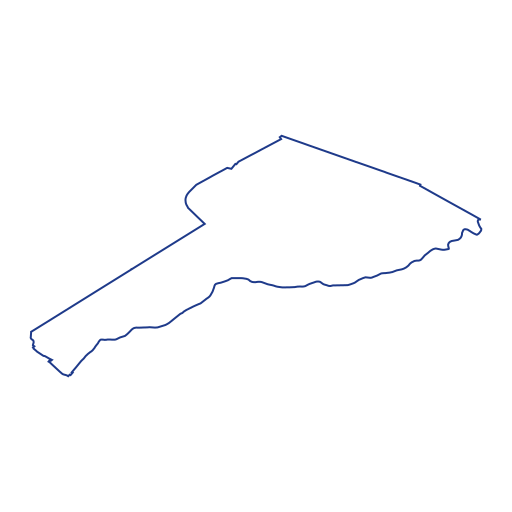 outline of Uithoorn, Noord-Holland, Netherlands
{"feature_id": "6326949B94592387287284", "entity_name": "Uithoorn", "entity_type": "district", "adm_level": 2, "iso_a3": "NLD", "parent_name": "Netherlands", "parent_adm1": "Noord-Holland", "projection": "equal_earth", "projection_center": [4.794, 52.234], "detail": "fine", "context": "isolated", "style": "outline", "palette": "blue", "viewbox_px": 512, "rotation_deg": 0, "n_neighbors": 0, "source": "geoboundaries", "source_scale": "gbopen_adm2", "svg_char_len": 5907}
<svg xmlns="http://www.w3.org/2000/svg" viewBox="0 0 512 512"><path d="M31.1,331.8L31.1,332.6L30.8,336.9L30.7,337.6L30.7,337.8L30.8,338.0L31.0,338.5L31.2,338.8L31.4,339.0L31.7,339.3L33.1,340.3L33.3,340.6L33.4,340.8L33.5,341.1L33.6,341.7L33.6,342.5L33.6,342.8L33.4,343.3L33.0,344.7L32.9,345.2L32.9,345.3L33.0,345.4L34.3,346.3L33.0,347.4L33.5,348.0L33.7,348.3L33.6,348.6L36.2,350.8L36.9,351.5L37.0,351.6L43.5,355.9L44.6,356.0L45.8,356.6L49.1,358.5L51.9,359.9L51.0,360.6L50.3,359.9L49.6,360.5L49.4,360.6L48.6,361.6L49.3,362.0L50.3,362.8L51.4,363.9L59.6,371.5L62.0,373.6L62.9,374.2L64.4,374.7L65.7,375.0L67.1,375.5L68.2,376.2L69.7,374.7L70.5,375.1L72.6,372.7L71.8,372.3L73.4,370.4L75.7,367.7L78.8,363.9L81.1,361.1L81.6,360.6L82.6,359.6L83.7,358.6L85.4,356.4L85.9,355.8L86.7,355.1L87.7,354.1L88.7,353.3L89.5,352.7L90.2,352.1L91.5,351.3L91.9,350.9L92.7,350.2L93.4,349.3L94.4,348.1L95.3,346.6L96.3,345.3L96.5,345.0L97.3,344.1L97.5,343.8L97.9,343.3L98.1,343.0L98.7,341.8L99.4,340.9L99.9,340.3L100.2,340.0L100.7,339.7L101.1,339.6L101.8,339.6L102.6,339.6L103.0,339.7L103.4,339.7L104.9,339.9L105.6,339.8L106.2,339.8L107.1,339.6L108.2,339.5L109.7,339.5L111.1,339.6L112.4,339.7L114.1,339.7L114.7,339.7L115.1,339.6L116.0,339.4L116.9,339.0L119.7,337.6L120.5,337.3L124.1,336.2L124.7,336.0L125.0,335.9L125.4,335.6L126.9,334.4L128.2,333.2L130.1,331.3L131.3,330.0L132.4,329.0L133.7,328.2L134.6,327.9L136.3,327.6L138.6,327.7L141.1,327.6L143.4,327.5L147.0,327.4L149.6,327.2L155.0,327.6L157.6,327.4L161.2,326.3L165.4,325.0L167.3,324.0L169.1,322.9L176.4,317.0L180.0,314.1L180.6,313.7L181.6,313.3L182.3,313.0L183.0,312.4L183.8,311.6L186.5,309.9L193.1,306.6L195.5,305.5L198.7,304.1L200.3,303.5L200.5,303.4L200.8,303.2L204.4,300.4L205.7,299.4L206.0,299.1L207.3,298.2L207.8,297.9L209.3,296.7L209.5,296.5L210.4,295.4L211.3,293.8L212.0,292.6L212.6,291.5L213.5,289.0L214.0,287.7L214.3,286.5L214.6,285.6L214.8,285.2L214.9,284.9L215.3,284.5L215.6,284.2L216.0,283.9L216.6,283.7L217.9,283.3L219.1,283.0L219.9,282.9L221.1,282.6L224.5,281.5L225.9,281.0L227.5,280.4L228.0,280.2L230.5,278.7L230.9,278.5L231.4,278.3L231.7,278.1L232.6,278.1L235.1,278.1L237.7,278.1L240.2,278.1L242.3,278.2L243.2,278.3L245.6,278.7L246.3,278.8L247.8,279.3L248.1,279.4L248.6,279.7L249.0,280.0L249.9,280.8L250.2,281.1L251.4,281.6L252.0,281.9L253.2,282.1L255.1,282.2L255.3,282.2L258.0,281.8L258.5,281.8L259.2,281.8L259.9,281.8L260.9,281.9L261.2,282.0L261.8,282.1L267.0,284.0L267.5,284.2L269.2,284.6L272.2,285.2L273.7,285.6L275.7,286.3L277.3,286.7L280.0,287.1L282.4,287.4L283.3,287.4L284.8,287.4L288.9,287.3L290.2,287.3L294.6,287.1L297.7,286.6L298.2,286.6L300.1,286.5L302.1,286.6L303.5,286.5L304.5,286.3L305.0,286.2L305.5,286.0L307.9,284.7L309.6,283.9L311.1,283.4L312.2,283.0L313.5,282.6L315.7,281.8L316.6,281.6L317.3,281.5L318.3,281.5L319.0,281.6L319.5,281.7L319.9,281.8L320.5,282.1L321.4,282.8L323.1,284.0L323.5,284.2L324.0,284.4L324.2,284.5L324.9,284.7L326.0,285.0L326.7,285.2L328.4,285.8L328.9,285.9L329.8,286.0L330.1,286.0L330.5,286.0L332.6,285.5L333.0,285.4L334.6,285.4L345.7,285.2L347.8,285.1L349.0,284.8L351.1,284.1L353.6,283.2L354.9,282.6L356.9,281.2L358.1,280.4L358.6,280.0L363.0,278.1L365.5,277.3L370.1,277.8L370.7,277.8L371.3,277.7L371.8,277.6L373.5,276.9L377.0,275.6L379.9,274.1L380.6,273.7L381.5,273.4L383.1,273.2L385.4,273.1L387.9,272.8L388.9,272.7L389.7,272.6L391.5,272.2L392.2,272.1L395.6,270.8L396.6,270.4L397.5,270.2L401.5,269.4L402.5,269.1L403.9,268.6L405.4,267.8L406.3,267.3L406.9,266.8L407.8,266.1L408.6,265.4L409.3,264.5L410.2,263.5L411.1,262.8L411.6,262.4L412.4,262.0L414.0,261.2L414.3,261.0L414.8,260.9L415.5,260.8L416.7,260.6L417.5,260.6L418.4,260.6L419.1,260.5L419.8,260.3L420.4,260.0L420.7,259.9L421.2,259.4L422.0,258.6L422.8,257.7L424.5,255.7L424.7,255.4L425.0,255.2L428.2,252.7L429.8,251.3L430.6,250.7L432.7,249.4L434.0,248.9L435.2,248.6L435.8,248.5L436.3,248.6L437.8,248.9L441.3,249.6L442.8,249.8L443.4,249.8L444.1,249.8L444.9,249.7L448.1,249.1L448.5,249.0L448.8,248.8L448.8,248.6L448.8,248.4L448.5,247.1L448.2,246.0L448.2,245.7L448.1,244.9L448.1,244.6L448.3,244.2L448.4,243.8L448.7,243.1L448.9,242.9L449.3,242.4L450.3,241.6L450.6,241.5L451.3,241.2L451.7,241.0L452.3,240.9L454.7,240.5L457.8,239.9L458.3,239.7L458.7,239.4L459.2,239.1L459.9,238.5L460.8,237.6L461.5,236.2L461.9,234.9L462.0,234.3L462.0,233.8L462.0,233.4L462.1,232.8L462.7,231.5L463.1,230.4L463.5,229.9L463.9,229.6L464.1,229.5L464.5,229.3L464.9,229.2L465.2,229.2L466.0,229.3L467.1,229.5L468.1,229.9L468.8,230.4L469.7,230.9L470.4,231.4L471.5,232.1L472.8,232.9L474.1,233.6L476.4,234.6L476.6,234.7L476.8,234.7L477.2,234.6L477.8,234.2L478.7,233.6L479.5,232.7L480.7,231.1L480.9,230.9L481.0,230.6L481.1,230.3L481.2,230.1L481.3,229.0L481.2,228.6L480.8,228.2L480.3,227.5L479.5,226.1L479.3,225.7L479.1,225.3L478.2,222.8L478.0,222.2L477.8,221.7L477.8,221.4L477.8,221.1L477.9,220.5L478.0,220.2L478.3,219.9L478.5,219.8L478.7,219.6L478.9,219.6L479.2,219.5L479.5,219.5L480.8,219.6L478.1,218.1L476.7,217.3L471.9,214.6L467.0,211.9L450.2,202.6L437.6,195.6L420.0,185.8L420.4,184.6L415.2,182.7L386.3,172.6L384.6,171.9L380.5,170.5L371.7,167.4L358.2,162.7L357.1,162.3L356.0,162.0L355.5,161.8L354.7,161.5L344.2,157.8L308.3,145.2L303.0,143.3L294.1,140.2L281.6,135.8L280.5,136.7L279.8,137.2L281.1,139.1L261.1,149.7L254.6,153.2L251.3,154.9L238.5,161.7L236.4,164.2L235.7,164.0L235.4,163.9L231.4,168.8L227.7,168.0L227.4,167.9L227.1,168.0L226.7,168.1L225.5,168.8L220.9,171.3L220.1,171.7L215.3,174.3L212.7,175.7L210.8,176.8L196.3,184.8L189.3,191.8L187.9,193.5L187.2,194.5L186.5,195.7L186.4,196.1L186.2,196.6L185.8,197.7L185.6,198.6L185.5,199.4L185.5,199.9L185.5,200.5L185.6,201.4L185.7,202.5L185.9,203.1L185.9,203.3L186.1,203.9L186.4,204.7L187.0,205.8L187.5,206.6L188.0,207.8L194.1,213.7L197.6,217.1L201.4,220.7L202.2,221.5L202.5,221.8L204.2,223.4L204.7,223.9L132.7,268.6L132.0,268.9L132.1,269.0L99.3,289.4L52.1,318.8L35.2,329.3L31.6,331.5L31.1,331.8Z" fill="none" stroke="#1e3a8a" stroke-width="2"/></svg>